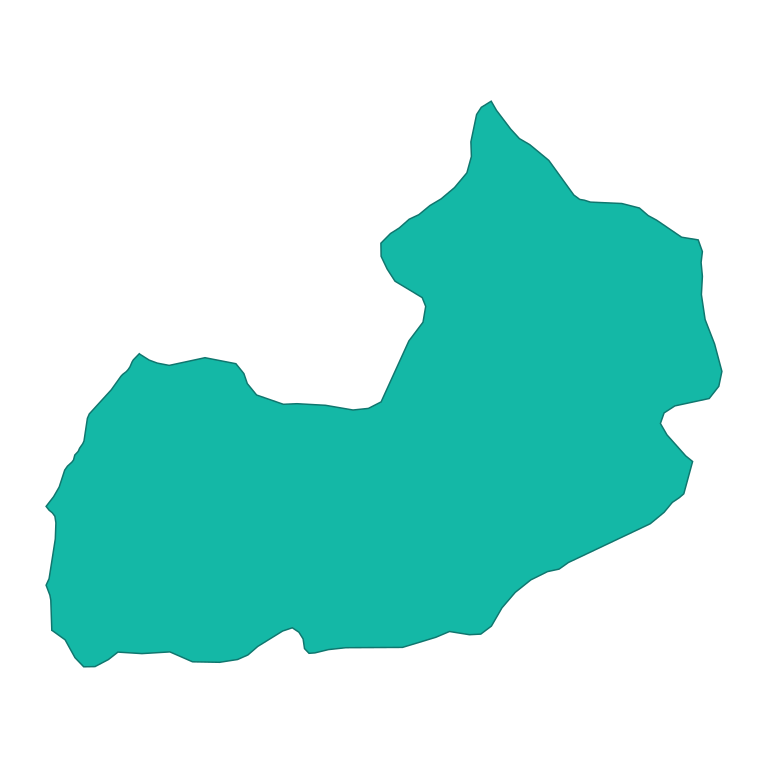 the Region of Marrakech - Tensift - Al Haouz
{"feature_id": "MAR-1456", "entity_name": "Marrakech - Tensift - Al Haouz", "entity_type": "Region", "adm_level": 1, "iso_a3": "MAR", "parent_name": "Morocco", "parent_adm1": "", "projection": "mercator", "projection_center": [-8.579, 31.832], "detail": "fine", "context": "isolated", "style": "filled", "palette": "teal", "viewbox_px": 768, "rotation_deg": 0, "n_neighbors": 0, "source": "natural_earth", "source_scale": "10m", "svg_char_len": 1782}
<svg xmlns="http://www.w3.org/2000/svg" viewBox="0 0 768 768"><path d="M51.8,630.3L50.8,600.2L49.9,595.2L46.1,585.2L49.1,578.6L55.3,539.0L55.9,522.9L54.9,516.3L52.3,512.8L49.1,510.2L46.1,506.4L53.6,496.7L59.2,487.0L64.7,470.1L67.5,466.1L71.9,462.1L73.5,460.0L74.8,455.0L78.2,451.4L79.6,448.2L82.8,443.6L84.0,440.9L87.4,418.3L89.3,413.9L111.2,389.9L120.9,376.3L122.7,374.4L126.2,371.7L128.2,369.5L130.0,366.8L132.1,361.9L133.3,359.9L139.3,353.7L140.0,354.3L149.2,360.1L157.3,363.1L169.2,365.4L205.0,357.7L235.9,363.7L243.9,373.6L247.3,383.6L256.6,395.0L283.4,404.3L297.0,403.7L325.6,405.3L353.0,410.0L368.4,408.4L381.1,401.9L408.9,340.9L423.0,322.2L425.7,306.4L422.2,297.6L395.0,281.2L387.2,269.1L381.1,256.3L380.9,243.2L390.5,233.5L399.2,228.0L409.2,219.2L418.8,214.7L430.0,205.5L441.1,198.9L454.5,187.6L466.9,172.8L471.4,156.5L470.9,141.8L476.6,114.5L481.3,107.3L491.2,101.2L496.5,110.4L510.7,129.1L519.4,138.6L529.8,144.7L548.8,160.4L573.8,195.0L579.7,199.4L584.4,200.2L590.4,202.1L621.8,203.5L639.4,208.0L648.2,215.6L656.5,220.1L681.6,237.2L698.2,239.9L702.4,251.6L701.1,262.5L702.4,276.3L701.4,294.6L705.1,319.5L714.6,344.0L721.9,371.4L718.8,386.3L709.2,398.5L674.9,405.9L664.1,412.9L660.4,423.5L667.0,434.9L685.7,455.9L692.6,461.5L683.8,493.8L679.4,497.6L672.3,502.4L664.1,512.3L650.3,523.7L568.4,562.5L559.1,569.1L547.5,571.6L530.8,579.9L515.2,592.4L502.0,607.8L491.4,626.1L480.8,634.1L469.4,634.7L449.5,631.5L435.8,637.3L402.5,647.4L345.9,647.7L328.4,649.6L314.9,652.9L309.0,653.3L304.5,648.6L303.1,638.9L298.9,632.2L292.3,627.8L282.7,631.0L257.8,646.4L248.0,654.9L237.6,659.5L219.6,662.3L192.5,661.8L169.9,651.9L141.9,653.6L117.9,652.1L108.5,659.5L95.0,666.6L83.7,666.8L75.0,657.7L65.1,639.8L51.9,630.3L51.8,630.3Z" fill="#14b8a6" stroke="#0f766e" stroke-width="1.5"/></svg>